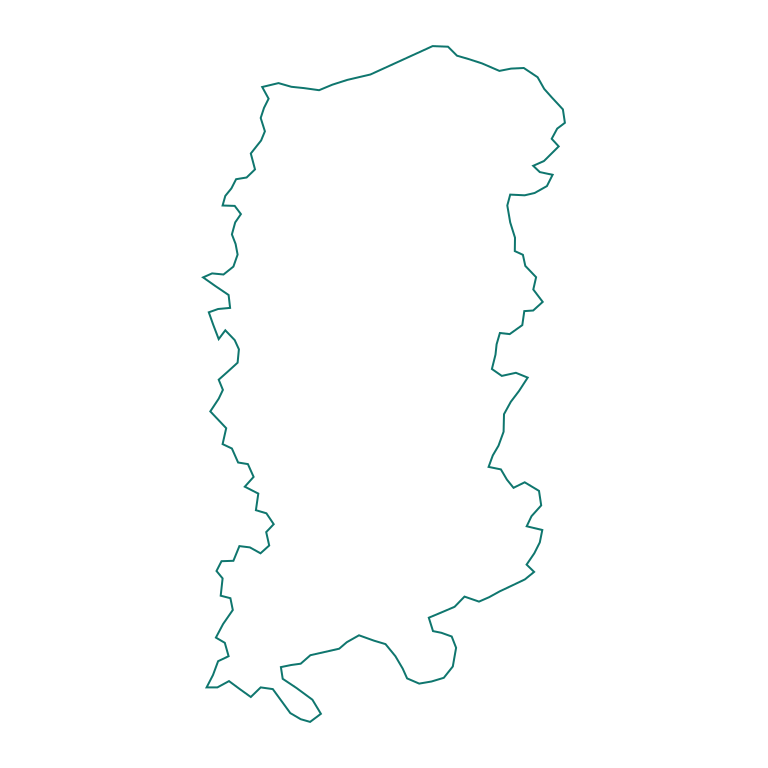 Selbach, Rio Grande do Sul, Brazil
{"feature_id": "56859067B5172394452496", "entity_name": "Selbach", "entity_type": "district", "adm_level": 2, "iso_a3": "BRA", "parent_name": "Brazil", "parent_adm1": "Rio Grande do Sul", "projection": "mercator", "projection_center": [-52.981, -28.675], "detail": "fine", "context": "isolated", "style": "outline", "palette": "teal", "viewbox_px": 768, "rotation_deg": 0, "n_neighbors": 0, "source": "geoboundaries", "source_scale": "gbopen_adm2", "svg_char_len": 2314}
<svg xmlns="http://www.w3.org/2000/svg" viewBox="0 0 768 768"><path d="M454.6,606.8L464.5,596.6L479.0,601.6L489.1,597.2L499.8,591.3L512.1,585.5L524.9,579.4L534.1,571.9L526.6,564.6L534.3,553.3L539.8,542.4L542.3,530.0L526.7,526.3L531.5,516.2L541.2,505.4L539.0,490.9L524.7,482.3L513.5,487.8L506.9,479.6L500.9,469.4L488.6,466.9L492.8,455.4L498.5,445.7L503.6,431.7L504.0,414.2L510.8,401.8L519.0,391.0L527.7,377.6L515.9,372.8L501.8,375.9L491.9,369.0L495.5,354.6L496.6,344.3L499.9,333.0L509.7,334.1L522.3,325.1L524.3,311.1L533.2,310.5L542.7,301.9L533.3,289.5L536.1,277.2L525.3,265.9L522.9,254.8L514.8,251.1L515.0,237.7L510.2,222.4L507.3,205.5L510.2,194.6L524.7,195.3L534.6,193.0L546.9,186.1L552.6,174.8L539.8,172.1L533.2,165.8L544.0,161.0L558.7,146.4L551.7,138.8L557.2,128.6L564.9,122.8L562.9,109.4L551.5,97.1L544.2,88.9L537.6,77.2L523.8,68.0L511.1,68.6L499.4,70.9L482.0,63.4L468.4,59.0L457.0,55.7L448.0,46.7L432.6,46.1L370.4,74.5L361.4,76.6L347.3,79.9L332.3,84.7L319.1,90.2L304.0,88.1L291.4,86.8L278.5,83.1L262.2,87.0L268.6,98.7L264.0,107.9L260.7,118.0L264.9,131.3L261.1,140.5L250.8,153.5L255.0,169.4L246.6,177.5L236.1,179.2L231.4,188.4L225.3,195.9L222.6,205.5L234.7,205.9L240.9,214.1L235.2,222.4L231.9,234.4L235.6,244.0L237.6,254.6L233.4,266.6L223.5,274.5L212.1,273.4L203.1,277.4L215.0,285.8L228.6,295.0L230.1,307.9L218.1,309.0L208.8,312.3L213.2,324.7L218.7,339.1L225.3,330.3L234.7,340.1L238.9,349.3L237.6,362.7L227.7,371.7L218.7,379.7L222.9,389.9L218.7,398.7L210.3,411.4L226.2,428.2L222.6,444.1L231.9,448.5L238.1,462.5L247.9,464.1L253.6,476.9L244.8,486.7L258.3,493.6L255.9,510.2L266.4,513.3L273.7,524.2L266.2,532.1L269.2,545.5L260.5,553.3L249.9,547.4L239.4,546.1L233.4,560.8L221.5,561.2L216.5,571.0L222.6,578.4L220.7,595.7L230.4,598.2L232.8,610.0L223.1,624.0L215.9,637.6L224.8,642.8L228.6,656.2L218.1,661.2L213.0,675.0L206.6,687.4L217.4,687.4L229.0,681.1L239.8,689.1L250.8,697.0L260.7,687.4L272.8,689.1L290.3,713.1L300.7,719.2L310.1,721.9L320.9,713.8L312.4,699.7L296.5,688.0L282.7,678.8L280.9,667.1L291.2,665.0L300.7,663.7L310.4,655.2L339.2,648.7L346.8,642.2L359.0,635.3L374.1,640.7L385.5,644.1L395.4,656.2L402.7,668.6L407.1,678.4L419.2,683.6L431.5,681.5L443.8,677.8L452.8,666.5L456.1,647.8L451.7,636.5L441.4,632.8L433.0,631.1L428.8,617.7L442.9,611.8L454.6,606.8Z" fill="none" stroke="#0f766e" stroke-width="2"/></svg>